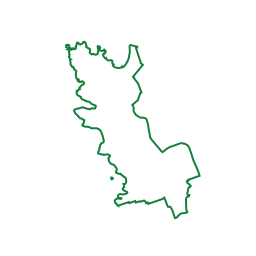 the district of Randwick, New South Wales, Australia, rotated 151°
{"feature_id": "25037944B39404082196295", "entity_name": "Randwick", "entity_type": "district", "adm_level": 2, "iso_a3": "AUS", "parent_name": "Australia", "parent_adm1": "New South Wales", "projection": "orthographic", "projection_center": [151.246, -33.946], "detail": "fine", "context": "isolated", "style": "outline", "palette": "green", "viewbox_px": 256, "rotation_deg": 151, "n_neighbors": 0, "source": "geoboundaries", "source_scale": "gbopen_adm2", "svg_char_len": 5947}
<svg xmlns="http://www.w3.org/2000/svg" viewBox="0 0 256 256"><g transform="rotate(151 128 128)"><path d="M98.3,169.5L98.7,170.4L84.4,176.0L85.4,178.7L85.0,179.6L83.0,190.3L82.0,195.1L80.7,194.2L80.5,194.6L84.0,197.8L84.9,198.9L85.7,199.3L86.2,199.3L87.1,198.6L88.5,195.6L90.0,192.9L91.2,191.7L92.0,190.4L93.3,188.9L95.9,186.7L99.2,184.7L102.0,183.6L102.7,183.7L103.1,184.2L103.6,183.9L103.7,184.0L103.6,184.4L104.1,184.1L104.5,184.3L105.7,184.4L106.5,184.6L108.0,185.6L109.3,186.7L110.5,188.2L111.0,189.9L110.4,190.8L110.1,190.9L109.8,190.4L109.6,190.5L110.3,191.5L110.1,192.8L109.3,193.8L109.5,194.4L109.3,194.6L109.5,195.2L110.3,195.8L112.1,196.3L112.7,196.8L113.4,198.5L113.3,199.2L113.6,199.0L114.2,200.1L114.6,202.3L114.5,203.3L114.3,204.1L113.6,204.8L113.2,204.8L112.4,204.3L111.8,205.0L111.3,205.0L110.7,205.2L110.6,205.4L111.6,205.4L110.8,206.0L110.8,206.4L110.6,206.3L110.3,206.9L110.8,207.5L110.9,208.1L112.6,207.8L113.6,208.1L115.4,210.4L115.2,211.0L114.5,211.6L113.9,211.9L113.6,211.6L113.4,211.8L113.5,212.0L113.3,212.2L113.3,212.7L113.7,213.5L114.4,213.6L114.5,213.9L114.7,214.2L115.0,214.1L115.3,213.6L115.5,212.2L115.8,212.1L115.8,211.5L115.3,211.0L115.5,210.4L116.2,209.7L116.5,209.8L116.5,209.5L117.6,209.1L118.5,207.6L119.4,207.4L120.8,207.8L122.0,209.1L122.8,209.5L123.2,210.1L123.9,210.0L123.9,210.4L124.5,210.9L125.0,211.9L124.9,212.7L123.4,214.3L123.0,215.1L123.6,216.6L123.8,216.9L124.2,216.8L124.6,218.1L125.3,219.3L124.7,219.6L124.3,220.2L124.4,221.5L123.9,222.4L123.9,223.8L124.7,224.8L125.2,224.7L125.7,224.8L125.9,224.3L127.2,224.0L128.2,224.2L128.6,224.0L129.1,224.1L129.2,224.4L130.0,224.8L130.6,226.1L130.3,226.4L130.5,226.5L130.3,226.7L130.4,227.0L131.2,227.3L131.5,226.9L132.3,226.5L132.9,225.5L133.6,224.8L134.3,224.6L134.6,223.3L135.3,223.3L135.7,222.8L136.4,222.7L136.9,222.9L137.0,223.2L136.9,223.7L137.4,224.4L137.7,224.4L138.1,223.9L139.5,223.9L139.9,224.2L140.0,224.7L139.6,225.2L139.8,225.3L139.8,226.1L140.1,226.5L140.4,226.5L139.4,228.6L139.4,229.1L140.3,230.0L140.6,229.9L141.6,230.4L141.8,230.0L142.1,230.1L142.7,229.0L142.4,228.8L142.6,228.4L142.3,228.2L142.0,227.4L141.9,226.3L142.4,226.1L142.4,225.9L141.9,225.8L142.0,225.4L142.3,225.5L141.5,224.4L142.2,224.0L142.4,223.4L142.6,223.4L143.0,222.7L143.1,222.0L143.4,221.6L143.5,220.3L143.9,220.1L144.6,219.3L145.1,219.1L145.2,218.6L144.9,218.1L145.4,216.1L145.1,215.8L145.6,215.8L145.9,215.5L146.1,214.9L146.1,214.0L147.5,211.3L147.4,210.5L147.1,209.9L147.3,209.3L147.3,208.7L146.6,208.1L146.1,207.2L146.6,206.7L146.6,205.8L146.5,204.8L145.8,203.9L145.8,202.4L147.0,201.5L147.3,200.1L148.0,199.7L149.0,196.7L148.8,195.8L148.9,195.4L148.1,195.0L147.7,194.4L148.5,194.0L148.4,193.7L148.9,194.0L149.1,193.7L149.0,193.4L148.5,193.4L148.5,192.6L148.3,192.5L148.4,192.3L148.1,191.7L147.4,191.7L146.8,191.0L145.9,191.2L145.2,190.9L144.6,189.7L144.7,189.1L144.6,188.7L145.2,188.1L146.2,187.8L147.5,188.0L148.0,187.7L149.1,187.5L150.3,186.8L151.2,186.6L151.6,186.0L151.3,185.4L154.8,185.2L154.7,184.4L155.8,184.0L156.3,182.9L156.2,181.2L154.2,178.1L154.7,177.3L154.1,175.3L152.6,173.5L152.4,172.9L151.7,172.2L151.5,171.5L149.7,170.2L148.9,169.2L148.2,166.7L145.5,163.3L145.6,162.6L147.0,161.3L147.8,161.2L150.0,162.7L151.6,162.8L152.6,163.1L153.3,163.9L154.6,164.6L155.7,166.2L156.7,167.0L157.2,167.8L158.5,168.4L160.1,168.7L160.5,168.6L163.5,169.7L165.7,169.9L166.4,169.8L166.9,168.7L166.9,167.1L167.0,166.4L166.7,165.8L166.0,163.1L165.7,162.7L165.7,161.3L165.3,160.5L165.3,159.9L164.0,158.7L163.4,157.4L162.4,156.3L162.5,155.8L163.0,155.5L163.7,154.3L166.5,152.8L166.6,152.0L165.8,151.8L165.7,150.9L164.6,149.7L163.5,149.2L161.5,147.6L160.0,145.4L155.3,142.8L154.9,142.3L154.7,141.5L154.1,141.3L153.8,140.8L153.4,139.4L153.3,138.1L153.8,134.3L155.0,129.6L155.7,127.9L156.4,127.3L158.2,127.6L159.5,127.3L159.7,126.9L160.6,126.7L161.4,125.4L162.2,124.9L162.4,124.3L163.0,124.0L164.0,122.4L165.1,121.9L165.4,121.5L165.9,121.2L166.5,120.2L163.1,117.1L162.5,116.6L162.4,116.2L158.8,115.0L157.9,114.0L157.1,112.6L157.2,112.2L158.2,111.7L159.8,111.1L159.8,110.7L160.1,110.3L160.0,110.1L160.6,108.8L160.7,106.4L160.4,105.9L160.1,104.6L158.2,102.6L157.7,99.9L157.8,99.5L157.6,98.6L157.8,97.2L158.6,96.3L159.7,95.7L160.0,94.7L159.7,94.0L158.4,92.7L157.7,92.0L156.7,91.7L156.6,91.1L156.7,90.7L155.7,88.9L155.8,88.5L155.3,87.7L155.1,86.7L154.3,86.1L154.4,84.7L155.1,82.8L155.9,81.5L157.4,80.5L159.2,81.2L159.1,79.9L159.8,78.4L160.3,78.3L160.4,78.1L161.0,78.0L161.4,77.5L162.0,77.5L162.3,76.9L162.3,76.1L159.8,72.4L160.0,71.7L160.8,71.4L162.5,71.6L165.2,72.6L166.6,73.9L168.5,74.3L169.6,73.6L170.4,72.2L169.4,70.9L167.8,69.9L168.1,69.4L168.5,69.4L169.2,69.8L169.2,70.2L169.5,70.5L171.8,71.5L173.2,71.6L174.5,71.1L175.2,70.5L175.3,69.2L175.5,68.6L174.7,67.7L175.0,66.3L174.8,66.2L174.8,65.7L174.2,64.6L174.1,64.8L172.6,64.6L163.1,62.8L163.3,61.7L157.0,60.6L157.3,59.0L153.2,58.2L152.8,57.4L149.1,56.8L148.4,55.3L148.7,53.6L146.8,53.3L147.1,51.8L131.8,49.1L130.0,49.5L131.3,40.1L131.2,39.7L129.2,38.5L129.0,35.1L130.6,26.5L128.9,26.1L128.4,26.1L126.5,27.0L123.5,27.5L122.1,27.2L118.1,25.6L116.9,25.7L116.6,28.5L111.7,37.8L111.0,38.5L109.7,39.1L108.7,39.1L107.9,38.7L107.0,39.7L107.8,40.1L108.1,40.7L108.1,41.5L107.8,42.1L104.3,46.2L103.3,46.6L102.3,46.3L101.2,46.9L101.4,48.1L102.7,51.3L102.3,53.0L100.6,52.7L100.4,53.5L88.6,51.5L88.4,52.3L87.7,55.6L87.1,60.4L86.4,68.5L85.0,75.2L84.1,80.7L84.1,83.0L84.5,84.4L85.6,86.2L88.6,88.9L90.6,89.4L100.3,91.0L102.1,91.1L103.8,91.1L109.4,90.1L109.9,90.9L110.1,91.8L113.0,106.4L113.2,108.9L112.2,111.6L110.4,117.2L108.7,121.7L107.6,126.7L107.7,127.5L108.4,128.4L110.0,129.9L112.1,131.0L112.6,131.7L114.7,135.6L115.0,139.2L114.9,140.0L114.6,140.8L113.3,142.5L112.9,144.7L113.0,146.1L105.9,147.6L100.2,152.6L99.1,152.4L97.6,161.9L98.7,169.4L98.3,169.5ZM166.2,92.5L166.8,92.8L167.0,92.5L167.1,92.1L166.4,91.9L167.1,91.1L167.1,90.9L166.5,90.8L165.8,91.2L165.6,91.8L166.2,92.5Z" fill="none" stroke="#15803d" stroke-width="2"/></g></svg>